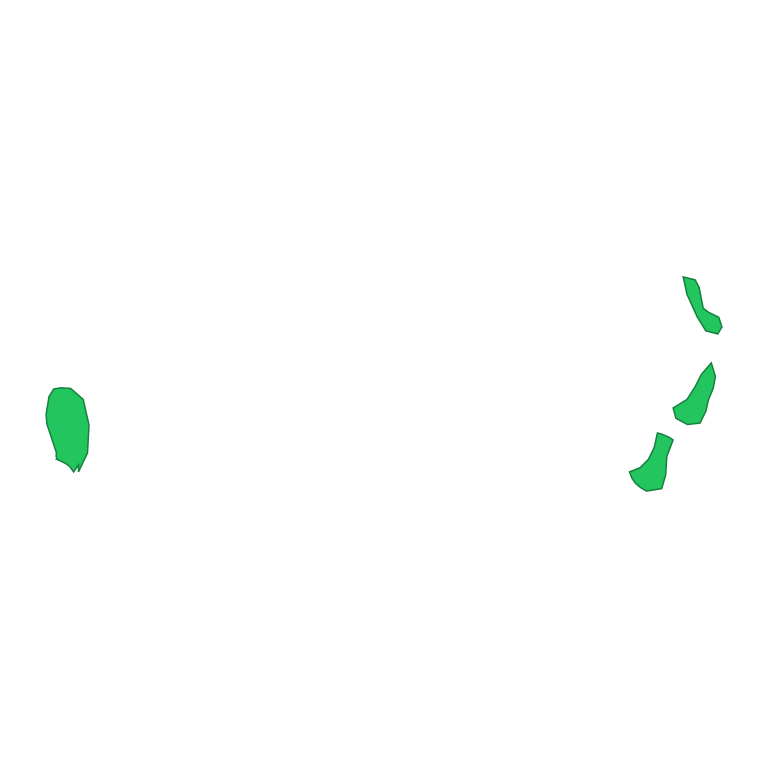 map outline of Ha'apai (Natural Earth projection)
{"feature_id": "TON-4948", "entity_name": "Ha'apai", "entity_type": "state/province", "adm_level": 1, "iso_a3": "TON", "parent_name": "Tonga", "parent_adm1": "", "projection": "natural_earth1", "projection_center": [-174.543, -19.707], "detail": "fine", "context": "isolated", "style": "filled", "palette": "green", "viewbox_px": 768, "rotation_deg": 0, "n_neighbors": 0, "source": "natural_earth", "source_scale": "10m", "svg_char_len": 836}
<svg xmlns="http://www.w3.org/2000/svg" viewBox="0 0 768 768"><path d="M70.6,388.4L83.2,399.4L89.0,425.0L87.5,453.0L78.5,471.9L78.5,464.9L73.6,471.9L69.7,466.5L65.5,463.4L56.4,459.1L57.0,458.7L56.1,456.4L56.4,452.7L46.8,423.7L46.1,414.4L49.0,396.6L53.7,389.0L60.8,387.8L70.6,388.4ZM629.5,471.9L640.2,467.6L648.5,459.2L654.3,447.3L657.4,433.0L661.3,433.9L669.9,437.7L673.1,440.0L666.8,456.4L665.7,474.8L661.7,488.6L646.6,491.1L640.6,487.6L635.7,483.5L632.0,478.4L629.5,471.9ZM673.1,408.0L687.0,399.4L694.9,387.1L701.4,374.3L711.3,362.9L715.4,376.5L713.1,388.6L708.4,399.9L705.9,411.2L700.0,423.1L687.5,424.5L676.0,418.4L673.1,408.0ZM708.6,312.3L718.8,317.3L721.9,327.0L717.8,334.0L705.9,330.9L697.3,317.1L686.9,294.1L683.2,276.9L695.2,279.9L699.2,287.7L703.2,308.2L708.6,312.3Z" fill="#22c55e" stroke="#15803d" stroke-width="1.5"/></svg>